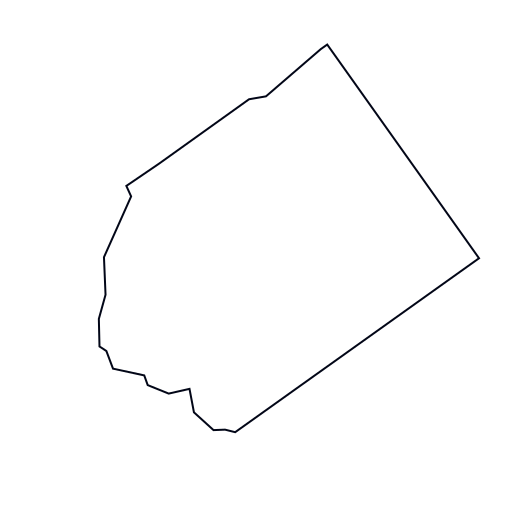 outline of Dooly, Georgia, United States of America, rotated 324°
{"feature_id": "52423323B79828539547884", "entity_name": "Dooly", "entity_type": "district", "adm_level": 2, "iso_a3": "USA", "parent_name": "United States of America", "parent_adm1": "Georgia", "projection": "mercator", "projection_center": [-83.877, 32.16], "detail": "fine", "context": "isolated", "style": "outline", "palette": "ink", "viewbox_px": 512, "rotation_deg": 324, "n_neighbors": 0, "source": "geoboundaries", "source_scale": "gbopen_adm2", "svg_char_len": 448}
<svg xmlns="http://www.w3.org/2000/svg" viewBox="0 0 512 512"><g transform="rotate(324 256 256)"><path d="M435.1,388.9L436.1,298.0L437.9,126.8L430.1,126.7L357.9,132.7L342.5,125.1L231.8,124.3L192.3,123.1L190.0,134.4L132.3,167.6L111.5,198.9L91.9,214.5L76.2,237.2L79.1,244.9L74.1,263.1L95.4,286.9L92.5,296.8L104.5,316.0L124.1,324.4L113.9,346.0L119.3,371.9L128.9,378.3L135.6,386.3L435.1,388.9Z" fill="none" stroke="#020617" stroke-width="2"/></g></svg>